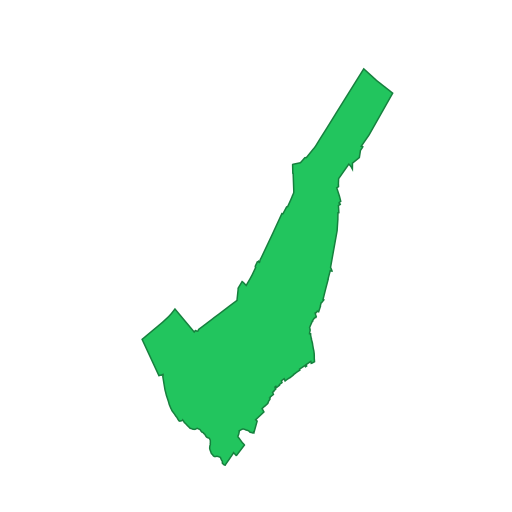 the district of Beverwijk, Noord-Holland, Netherlands, rotated 106°
{"feature_id": "6326949B38309574133073", "entity_name": "Beverwijk", "entity_type": "district", "adm_level": 2, "iso_a3": "NLD", "parent_name": "Netherlands", "parent_adm1": "Noord-Holland", "projection": "equal_earth", "projection_center": [4.669, 52.479], "detail": "fine", "context": "isolated", "style": "filled", "palette": "green", "viewbox_px": 512, "rotation_deg": 106, "n_neighbors": 0, "source": "geoboundaries", "source_scale": "gbopen_adm2", "svg_char_len": 5746}
<svg xmlns="http://www.w3.org/2000/svg" viewBox="0 0 512 512"><g transform="rotate(106 256 256)"><path d="M367.5,342.5L370.3,340.1L397.8,316.3L396.9,315.1L396.6,313.9L395.9,313.5L395.4,312.7L395.9,312.5L396.8,312.4L397.4,312.4L397.9,312.2L408.5,307.2L409.9,306.5L411.9,305.3L414.7,303.7L420.1,300.0L422.6,298.5L423.5,297.8L426.0,295.8L426.8,295.0L427.9,294.1L429.5,292.0L430.0,291.3L432.3,288.6L432.8,287.7L434.6,285.9L435.5,284.8L435.6,284.6L435.8,284.3L435.8,284.1L435.7,283.8L435.7,283.7L435.4,283.1L435.3,282.8L435.0,282.4L434.3,281.3L434.3,281.2L433.9,281.2L434.9,279.8L435.2,279.5L435.7,279.2L435.9,279.0L436.0,278.7L436.1,278.3L436.3,277.9L436.8,277.0L438.0,275.1L438.4,274.3L439.1,273.0L439.3,272.6L439.6,272.2L439.8,271.8L439.8,271.3L439.7,270.9L439.7,270.7L439.9,269.2L439.9,268.8L439.6,267.3L439.5,267.1L439.4,266.8L439.1,266.4L438.7,266.0L438.1,265.4L437.9,265.1L437.8,264.8L437.8,264.7L438.0,264.1L438.1,263.1L438.2,262.5L438.2,262.1L438.3,261.9L438.4,261.7L439.4,260.7L440.3,259.2L440.3,258.4L440.5,257.8L440.6,257.6L441.1,257.2L441.3,256.3L441.4,256.2L443.2,254.3L443.5,253.9L443.7,253.5L443.9,252.8L444.0,252.1L444.0,251.0L444.1,250.7L444.7,250.0L445.4,249.4L445.7,249.2L446.1,249.0L448.1,248.4L448.8,248.3L449.2,248.2L449.8,247.9L450.1,247.9L450.3,247.9L451.2,248.0L452.9,247.7L453.4,247.6L453.7,247.5L454.8,246.9L458.1,244.5L458.3,244.3L458.4,244.1L458.9,243.0L459.7,242.2L459.9,241.8L460.2,240.9L460.2,240.6L460.1,240.1L459.9,239.6L459.7,239.2L459.3,238.5L459.2,237.6L459.2,237.1L459.2,236.7L459.3,235.4L459.3,235.2L459.4,234.9L459.6,234.6L460.0,234.2L460.4,234.0L460.7,233.7L461.4,233.2L462.0,232.5L462.3,232.2L462.7,231.8L463.2,231.5L464.1,231.4L464.4,231.2L464.6,231.1L464.8,230.7L465.1,229.9L465.5,229.3L465.6,228.4L465.5,227.9L465.4,227.9L464.8,227.8L463.9,227.5L458.4,225.6L455.8,224.8L455.1,224.5L453.1,223.9L452.4,223.6L452.0,223.5L451.2,223.4L453.2,220.1L452.9,219.7L444.0,216.2L440.9,215.0L440.5,215.5L439.7,216.7L439.6,216.9L439.6,217.2L435.8,222.1L434.8,223.5L434.0,223.7L433.3,223.6L432.2,223.5L431.7,223.5L429.8,223.7L429.3,223.7L429.2,223.7L428.7,224.0L427.9,223.2L427.2,222.5L426.7,222.0L426.0,221.1L425.8,220.6L425.8,220.3L425.8,219.8L425.8,218.8L425.9,218.2L426.0,218.0L426.0,217.1L426.0,215.7L426.0,215.3L426.2,214.7L427.1,213.1L427.1,212.8L426.9,212.1L427.0,211.1L427.0,210.1L426.9,209.9L426.6,209.8L426.1,209.8L426.4,209.3L414.9,209.4L414.4,209.4L413.5,211.2L403.7,205.4L401.0,208.1L398.1,206.4L398.1,206.2L394.5,204.0L394.3,204.2L394.2,204.2L393.2,203.9L391.8,203.8L391.3,203.6L390.5,203.3L389.6,203.1L388.8,203.8L388.4,203.4L388.1,203.4L387.9,203.3L387.5,203.4L387.4,203.4L386.8,202.9L386.6,202.8L386.6,202.7L386.2,202.5L384.3,201.1L382.5,202.5L381.2,201.5L380.8,201.7L380.4,201.5L378.7,200.4L377.4,201.4L376.8,201.7L375.8,201.0L376.9,200.1L373.8,197.8L373.6,198.0L373.4,198.0L373.2,198.1L370.5,196.1L369.0,197.2L368.0,196.5L366.2,195.1L368.1,193.6L367.5,193.2L365.7,191.8L365.6,191.7L363.4,189.8L363.5,189.7L361.7,188.4L360.5,187.5L360.4,187.5L359.6,187.0L359.4,187.2L359.0,186.9L358.4,186.4L358.5,186.3L358.3,186.1L356.8,185.1L356.2,184.6L355.0,183.6L353.7,182.4L352.8,183.0L347.7,178.7L348.8,177.9L347.8,177.0L346.6,177.8L346.5,177.7L346.4,177.8L343.6,175.4L343.4,175.4L342.2,174.3L343.9,173.4L343.2,172.6L343.4,172.5L341.5,170.6L339.3,171.4L339.2,171.5L335.8,172.5L334.0,173.1L332.8,173.6L331.4,174.2L328.6,175.7L327.5,176.2L326.3,176.8L324.7,177.5L323.9,177.9L323.9,178.0L323.0,178.5L322.8,178.5L322.2,178.9L322.2,179.0L321.7,179.3L320.8,179.8L320.4,180.0L320.3,179.9L320.1,180.1L317.0,181.7L316.8,181.7L316.7,181.7L316.5,181.8L316.4,181.9L315.7,182.1L316.0,183.1L315.2,183.3L312.4,183.5L311.8,183.9L311.7,183.8L311.0,184.2L310.9,184.2L310.1,184.7L309.9,184.8L303.3,183.9L302.8,183.5L302.5,183.8L302.3,183.7L302.0,183.7L300.3,183.0L300.2,183.1L298.6,182.1L298.7,181.6L297.8,181.3L295.3,183.0L294.2,182.8L294.2,183.1L293.2,182.2L292.1,181.9L292.4,180.5L292.4,180.4L286.4,180.2L286.2,180.4L283.7,180.5L283.1,180.5L282.8,180.1L279.5,178.7L279.3,179.6L267.6,180.0L258.5,180.2L258.5,180.4L249.7,180.6L249.6,178.8L249.1,179.0L246.4,181.2L209.4,185.0L198.3,187.4L194.3,188.5L191.8,189.1L191.5,188.3L184.7,190.7L183.3,189.3L183.1,189.2L183.0,189.3L182.9,189.3L182.7,189.8L182.6,190.2L182.5,190.5L182.1,190.7L181.9,190.8L181.7,190.8L180.1,189.6L175.3,192.4L168.2,197.2L166.6,195.8L164.7,196.4L164.7,196.5L158.9,197.9L142.1,192.1L142.9,190.7L143.3,190.1L143.8,189.4L144.3,188.8L145.4,187.8L145.7,187.5L145.9,187.3L142.1,188.3L140.2,188.9L132.9,183.8L125.7,184.7L122.1,183.5L121.5,183.5L121.5,185.1L108.5,180.7L61.8,169.5L54.2,188.2L46.4,204.0L96.3,218.3L98.5,218.9L113.7,223.2L126.0,226.8L127.1,227.1L130.0,227.9L134.3,229.1L135.5,229.6L136.7,230.0L137.4,230.4L147.5,234.7L148.0,236.1L148.8,236.5L154.1,239.0L157.7,245.8L157.9,245.9L158.1,246.0L158.4,245.9L165.4,243.7L165.5,243.7L166.5,243.3L166.5,243.0L183.1,237.6L184.6,237.2L186.2,237.3L188.0,237.6L189.4,237.7L193.4,238.2L199.9,239.2L199.9,239.5L200.1,239.8L200.4,240.1L200.7,240.2L202.7,240.6L207.8,241.7L208.0,241.8L208.2,242.0L208.2,242.3L208.1,242.8L230.2,246.2L256.4,250.5L257.7,250.8L258.0,250.9L261.0,250.9L260.4,252.1L260.7,252.1L260.9,252.1L261.1,252.1L261.1,252.3L261.2,252.7L261.2,253.1L266.0,253.9L266.8,253.6L266.9,253.4L267.1,253.3L267.2,253.2L267.3,253.2L275.3,254.5L279.8,255.5L284.9,256.8L287.0,257.3L285.8,259.4L285.2,260.4L284.7,261.5L284.4,262.3L291.9,264.3L293.4,263.9L294.5,263.7L303.1,262.2L303.9,262.0L310.6,267.1L322.3,275.8L326.8,279.3L328.4,280.4L342.4,290.9L344.0,291.1L344.4,291.5L344.5,291.8L344.5,292.3L344.5,292.7L344.4,293.1L344.3,293.6L344.7,293.9L346.1,294.5L329.3,319.3L332.1,320.4L335.2,321.7L338.4,323.3L339.9,324.2L343.0,326.1L345.5,327.6L367.5,342.5Z" fill="#22c55e" stroke="#15803d" stroke-width="1.5"/></g></svg>